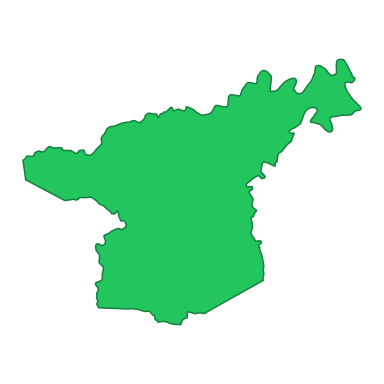 the district of Humuya, Comayagua, Honduras
{"feature_id": "27666195B63492556097189", "entity_name": "Humuya", "entity_type": "district", "adm_level": 2, "iso_a3": "HND", "parent_name": "Honduras", "parent_adm1": "Comayagua", "projection": "albers", "projection_center": [-87.701, 14.223], "detail": "fine", "context": "isolated", "style": "filled", "palette": "green", "viewbox_px": 384, "rotation_deg": 0, "n_neighbors": 0, "source": "geoboundaries", "source_scale": "gbopen_adm2", "svg_char_len": 5949}
<svg xmlns="http://www.w3.org/2000/svg" viewBox="0 0 384 384"><path d="M263.4,280.3L262.9,277.3L263.5,275.7L263.9,273.7L263.2,269.6L263.3,268.5L263.8,267.3L263.7,264.7L261.9,255.5L260.6,251.6L259.3,248.6L259.9,247.4L258.9,246.6L258.6,245.6L259.3,244.6L261.1,243.5L261.4,242.8L261.4,242.1L260.9,241.3L259.9,240.8L258.9,240.8L256.3,241.3L255.7,241.0L255.1,240.2L250.8,233.3L252.2,228.3L252.5,226.1L251.8,221.0L251.2,219.5L251.3,217.4L251.6,217.0L252.6,216.9L253.5,216.5L254.4,213.5L256.6,210.6L256.3,210.1L253.1,207.7L252.3,206.5L251.9,204.3L252.9,200.2L252.9,198.7L252.6,197.9L249.3,193.0L249.0,192.2L249.1,191.8L249.6,191.2L251.5,190.1L252.4,189.3L252.6,188.3L252.3,186.9L252.1,186.6L251.8,186.6L248.4,186.9L247.2,186.7L246.3,186.0L246.3,184.7L247.6,183.1L252.2,179.2L254.3,177.6L258.1,175.4L258.6,175.6L261.1,178.1L261.7,178.5L263.4,178.4L264.8,177.6L265.1,176.8L265.0,176.1L263.9,175.2L262.7,173.5L261.4,172.6L260.8,171.4L262.3,163.4L263.0,162.4L264.3,162.1L265.9,162.3L268.8,163.4L273.7,165.9L274.7,166.1L275.2,165.9L275.4,164.9L274.9,163.2L276.9,161.9L277.9,154.9L278.3,153.9L279.3,152.8L281.3,151.8L285.0,147.4L286.7,145.1L288.7,143.3L290.8,141.8L291.7,140.3L293.1,135.7L294.0,134.0L294.0,133.3L293.8,133.0L291.5,133.4L290.8,133.2L289.5,132.1L289.3,131.5L289.5,130.9L290.1,130.2L291.5,129.2L295.3,127.5L300.5,123.6L304.7,112.6L306.3,110.4L308.0,108.8L310.4,107.8L313.9,107.5L314.8,107.7L316.2,108.5L317.0,109.1L317.3,109.8L317.3,110.9L316.5,112.4L315.3,113.9L313.1,117.3L310.7,120.3L310.4,121.1L310.6,121.9L311.5,122.4L313.9,122.6L317.3,123.5L320.3,124.7L322.0,126.0L324.2,128.7L326.2,130.4L328.2,131.7L329.5,132.0L330.8,131.8L331.5,131.5L332.2,130.3L332.7,128.8L331.7,124.0L330.4,121.2L329.9,119.5L329.9,118.4L330.5,117.6L331.8,117.0L339.9,115.7L340.5,115.2L347.3,115.2L350.7,114.9L352.3,114.1L353.4,112.6L355.4,111.1L356.4,110.7L359.9,110.0L360.6,109.5L361.0,108.4L360.5,107.2L358.5,105.0L353.8,100.5L351.5,97.8L347.2,91.5L345.7,87.9L345.0,85.4L345.0,83.5L345.3,82.6L346.2,82.2L347.3,82.1L349.3,82.3L350.9,82.8L351.8,82.7L353.0,81.9L354.1,80.5L354.6,79.6L354.8,78.1L353.5,77.8L353.3,77.1L352.5,76.4L351.2,72.8L350.1,71.2L347.4,65.6L344.5,60.7L343.5,59.8L342.2,59.4L340.0,59.3L338.3,59.7L337.3,60.5L336.7,62.0L336.3,64.2L336.5,72.3L336.4,73.2L335.5,74.3L332.5,75.3L331.4,75.5L330.7,75.1L328.5,73.1L325.8,69.4L321.1,66.2L319.6,65.6L318.2,65.5L317.2,65.6L316.0,66.2L315.5,66.9L314.7,72.5L311.7,80.2L309.9,82.6L307.8,85.2L302.9,92.2L301.9,93.0L300.6,93.7L298.9,93.8L297.3,93.2L295.9,92.2L294.8,90.5L293.5,89.9L293.8,88.2L296.1,83.1L296.4,81.7L296.3,80.3L295.7,79.2L294.9,78.5L293.8,78.2L291.8,78.5L289.0,79.5L285.3,81.5L283.5,83.1L277.9,89.5L276.7,90.5L274.7,91.1L270.7,91.5L270.4,90.8L270.3,89.2L270.5,85.8L271.4,78.9L271.3,76.4L270.4,75.1L266.9,71.5L264.8,70.6L263.2,70.5L261.8,71.0L260.7,71.9L257.9,75.9L257.1,78.6L257.1,81.9L256.8,82.8L256.4,83.4L255.1,83.8L252.4,83.0L250.4,82.6L248.6,82.5L247.7,82.7L246.5,83.8L242.0,90.0L240.5,95.0L240.1,95.7L238.6,95.8L231.7,94.7L230.2,94.9L229.4,95.6L228.5,97.3L227.9,105.3L227.4,106.4L226.2,106.8L224.7,106.9L222.5,106.6L217.9,105.5L215.9,105.4L214.8,106.4L211.7,112.1L210.5,113.1L208.9,114.0L203.1,115.2L201.2,115.1L199.7,114.3L194.9,111.1L193.2,109.5L187.4,106.8L186.7,106.8L186.3,107.1L185.3,110.3L184.9,110.7L184.2,110.9L180.4,110.0L178.0,109.0L176.0,110.1L173.7,110.9L173.1,110.1L172.1,107.8L171.6,107.3L171.0,107.3L169.7,108.3L166.4,111.8L165.5,112.1L164.1,112.0L163.6,112.4L163.3,113.3L161.8,113.4L160.2,114.2L159.0,116.9L158.5,117.3L158.1,117.3L157.7,116.9L157.1,115.0L156.5,114.1L155.0,113.9L153.1,114.1L150.3,113.3L148.6,113.2L147.0,113.9L145.7,115.0L145.2,115.9L144.9,117.7L143.3,119.9L141.4,121.5L139.3,122.5L138.5,122.6L134.6,120.6L133.0,120.7L131.8,121.0L129.8,122.1L126.1,122.3L121.8,123.2L119.4,124.0L115.3,125.8L113.3,126.3L110.7,126.6L108.7,127.4L107.7,128.2L106.8,129.2L105.7,131.1L104.7,133.7L102.7,135.6L101.7,137.3L101.2,139.0L101.7,142.9L101.4,144.3L96.8,148.8L93.9,152.5L91.9,154.2L90.5,155.1L88.2,155.2L86.0,154.6L84.8,153.1L84.2,150.6L83.3,150.1L82.1,150.1L79.3,150.5L77.4,153.3L76.6,153.4L74.9,153.0L72.3,151.3L70.5,150.5L66.6,150.4L63.5,150.6L62.9,150.1L62.5,148.8L61.6,148.1L60.6,147.7L59.5,147.6L55.5,148.0L53.8,147.9L51.7,147.4L50.6,146.6L49.6,146.5L48.5,146.9L46.1,149.2L44.8,151.0L43.9,151.7L43.1,151.9L42.0,151.9L39.1,150.9L35.3,152.4L34.3,153.6L34.0,155.3L33.1,156.2L32.2,156.5L28.1,156.0L27.0,156.2L26.4,156.6L25.0,158.9L23.7,160.0L23.0,160.1L25.7,179.8L64.9,200.6L73.8,199.2L75.4,199.9L76.9,199.9L78.1,199.4L79.4,198.0L80.3,197.5L84.6,197.7L90.1,197.2L91.5,197.3L96.8,201.0L97.9,202.2L99.2,203.9L101.0,204.8L102.8,205.4L103.7,206.0L107.3,209.4L110.4,211.7L111.2,213.1L112.1,213.8L113.4,214.0L115.3,213.3L116.5,212.4L116.9,211.1L117.6,211.1L118.7,212.8L118.6,216.1L119.4,217.2L120.5,220.5L121.0,221.0L121.7,221.1L122.9,220.8L124.2,220.9L124.8,221.5L125.9,224.2L126.2,225.7L125.8,226.7L124.8,227.7L121.8,229.7L120.9,229.6L119.8,228.9L119.2,228.9L118.4,228.4L116.4,229.0L111.4,231.3L109.9,232.6L108.1,233.6L104.7,235.1L104.1,235.7L103.9,236.4L105.2,239.9L105.5,241.8L105.1,243.3L104.5,244.3L103.3,245.2L102.1,245.6L98.2,243.8L97.2,243.7L96.5,244.2L95.6,245.5L95.7,247.3L96.1,250.4L99.0,254.3L99.5,255.4L99.5,257.6L99.0,262.5L99.5,263.2L102.9,266.6L103.2,267.3L103.4,268.3L103.3,269.6L102.5,273.0L102.2,275.6L102.2,278.5L101.9,279.9L101.0,280.7L96.2,282.5L95.7,283.0L95.4,283.6L95.6,284.6L98.5,288.7L98.1,290.2L96.8,293.1L96.6,297.8L98.0,301.6L97.0,302.9L96.9,304.6L98.7,307.8L128.9,309.0L129.3,308.6L133.9,308.8L139.2,309.7L144.6,311.5L149.1,311.2L150.3,312.1L152.4,314.7L154.2,315.9L154.7,316.9L155.1,319.5L156.9,320.6L158.2,322.2L162.6,321.5L164.9,321.6L167.7,322.2L170.1,323.4L172.7,324.1L180.3,324.7L181.0,324.2L181.6,321.7L183.2,319.5L184.4,318.7L186.6,318.0L187.3,317.4L187.1,313.3L187.3,312.5L187.7,312.1L189.0,312.0L194.9,313.7L199.9,312.7L202.9,313.4L204.6,313.5L205.3,313.3L207.0,311.9L263.4,280.3Z" fill="#22c55e" stroke="#15803d" stroke-width="1.5"/></svg>